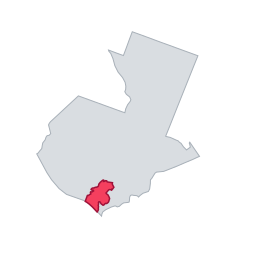 where Santa Rosa sits in Guatemala, rotated 20°
{"feature_id": "GTM-1957", "entity_name": "Santa Rosa", "entity_type": "Department", "adm_level": 1, "iso_a3": "GTM", "parent_name": "Guatemala", "parent_adm1": "", "projection": "natural_earth1", "projection_center": [-90.341, 14.154], "detail": "fine", "context": "in_parent", "style": "filled", "palette": "rose", "viewbox_px": 256, "rotation_deg": 20, "n_neighbors": 0, "source": "natural_earth", "source_scale": "10m", "svg_char_len": 3311}
<svg xmlns="http://www.w3.org/2000/svg" viewBox="0 0 256 256"><g transform="rotate(20 128 128)"><path d="M51.1,183.5L52.1,182.3L52.9,179.7L54.0,176.9L53.4,173.7L53.0,171.2L54.2,167.4L54.1,164.6L54.6,162.9L56.4,161.8L57.3,159.7L52.3,152.3L52.4,150.6L53.0,148.6L57.1,140.7L61.9,131.3L67.2,121.0L70.4,114.8L82.0,114.8L89.6,114.8L99.4,114.8L110.0,114.8L116.9,114.8L119.8,114.7L119.3,110.7L119.7,106.2L121.0,102.1L121.0,100.4L118.9,98.2L114.9,96.9L112.6,95.0L112.6,92.5L111.7,89.5L109.7,86.1L105.7,82.5L99.6,78.9L94.4,74.0L90.1,67.9L86.4,63.9L83.6,62.3L83.0,61.4L91.2,61.5L98.9,61.5L99.0,52.8L99.0,44.9L99.1,36.1L113.1,36.1L129.9,36.2L147.3,36.2L160.9,36.2L169.0,36.2L168.6,47.1L168.2,59.8L167.9,69.1L167.5,81.5L167.1,94.2L166.6,111.5L166.2,122.7L166.4,123.0L170.9,122.4L177.7,122.9L179.4,122.9L181.4,123.9L183.0,124.2L186.5,126.7L190.5,128.6L193.1,124.7L191.7,122.4L190.7,121.2L190.9,120.2L204.9,130.2L203.3,131.7L199.7,135.3L193.2,141.3L187.4,146.8L181.9,151.7L176.9,156.1L176.3,156.6L169.9,159.7L168.8,161.2L167.5,167.5L166.8,169.0L168.0,172.5L169.2,177.9L168.8,180.7L164.4,184.2L162.4,187.3L161.5,189.3L160.7,188.8L159.3,188.6L156.2,189.4L154.6,189.6L153.4,190.5L153.2,192.4L154.1,195.5L154.4,197.2L153.5,197.9L149.6,199.8L148.1,201.7L146.6,204.6L144.9,205.8L143.1,205.5L141.9,206.0L139.2,208.1L135.1,212.3L133.0,215.5L132.9,217.8L133.3,219.9L118.6,212.5L113.6,211.2L92.9,211.4L84.0,208.5L73.9,202.8L67.1,197.7L51.1,183.5Z" fill="#d9dde1" stroke="#a8b0b8" stroke-width="1"/><path d="M127.7,217.5L127.5,217.4L121.6,214.4L117.7,212.8L114.7,211.9L112.9,211.6L112.9,211.1L112.9,205.5L112.9,205.3L113.1,205.1L113.5,205.0L114.0,204.9L114.3,204.3L114.6,203.7L114.8,203.5L115.3,203.1L115.5,202.8L115.6,202.7L115.5,202.4L115.0,201.8L114.9,201.7L114.7,201.4L114.7,200.8L115.0,200.6L115.7,200.5L115.8,200.4L116.1,200.3L116.7,199.6L117.2,198.9L117.0,198.6L116.7,198.4L116.4,198.4L115.8,198.7L115.7,198.7L115.4,198.7L115.2,198.7L114.7,198.6L114.4,198.5L114.4,198.3L114.3,198.1L114.5,197.6L114.7,197.1L115.3,196.5L116.4,196.0L116.7,195.8L117.4,195.0L118.1,194.6L118.4,194.5L118.7,194.4L118.8,194.4L119.1,193.9L119.3,193.8L119.4,193.7L119.5,193.7L119.9,193.2L120.0,192.7L119.8,190.6L120.5,188.5L122.1,185.7L122.7,185.3L122.9,185.3L123.2,185.4L123.3,185.5L123.4,186.2L123.4,186.3L123.5,186.4L123.5,186.5L123.7,186.4L124.0,186.3L124.7,185.5L124.9,185.2L125.2,185.1L125.6,185.1L126.0,184.9L126.5,185.4L126.6,185.6L126.8,185.7L127.3,185.7L127.8,185.6L132.1,184.7L132.3,185.7L132.6,186.3L134.0,187.6L135.0,188.5L134.3,191.0L133.7,191.1L133.9,191.9L133.8,192.0L133.7,192.1L133.4,191.9L132.9,191.9L131.6,192.2L131.5,192.3L131.0,192.8L129.6,196.6L130.2,197.1L132.0,197.7L132.2,197.8L132.3,197.9L132.6,198.2L133.8,199.3L134.7,200.4L134.9,200.8L134.9,201.8L135.0,203.6L135.0,204.0L134.9,204.4L134.7,204.9L134.0,206.0L133.8,206.2L133.7,206.3L133.2,206.4L132.8,206.5L132.5,206.7L132.4,206.8L132.2,207.3L131.6,208.6L131.0,209.1L130.8,209.1L130.7,209.1L130.3,208.9L128.8,208.5L128.6,208.4L127.8,207.7L126.8,207.0L126.1,207.2L125.8,207.4L125.8,207.6L125.7,207.8L125.7,208.1L125.8,208.2L125.9,208.6L126.0,208.7L126.2,209.0L126.3,209.2L126.5,211.0L126.7,211.3L126.9,211.4L127.0,211.6L127.2,211.9L127.5,213.5L128.0,214.5L128.1,214.8L128.1,215.0L128.1,215.8L127.9,216.9L127.7,217.5Z" fill="#f43f5e" stroke="#9f1239" stroke-width="1.5"/></g></svg>